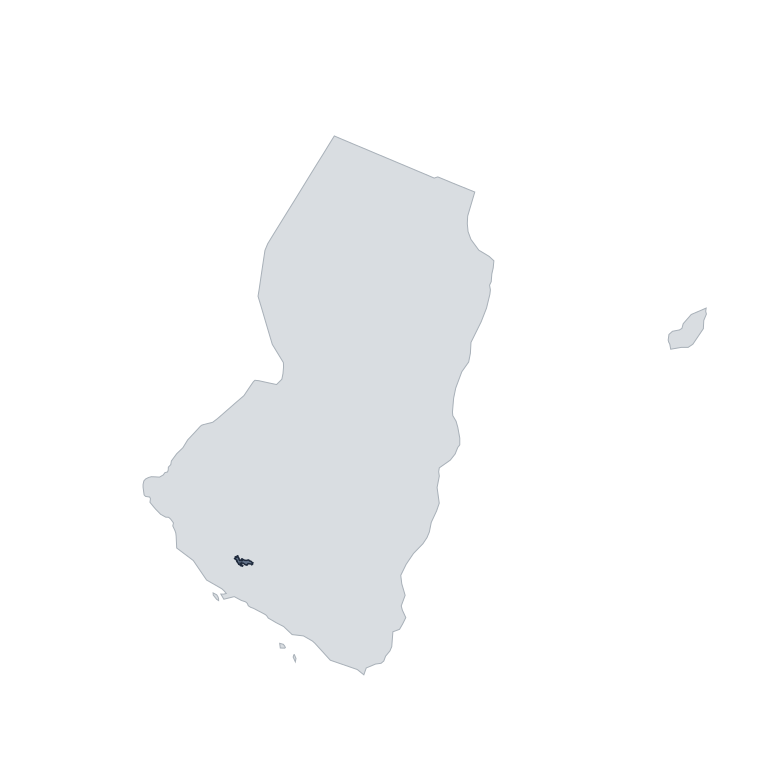 Al Mahwit, Al Mahwit, Yemen shown in context, rotated 312°
{"feature_id": "15242507B12276215757938", "entity_name": "Al Mahwit", "entity_type": "district", "adm_level": 2, "iso_a3": "YEM", "parent_name": "Yemen", "parent_adm1": "Al Mahwit", "projection": "equal_earth", "projection_center": [43.551, 15.411], "detail": "fine", "context": "in_parent", "style": "filled", "palette": "slate", "viewbox_px": 768, "rotation_deg": 312, "n_neighbors": 0, "source": "geoboundaries", "source_scale": "gbopen_adm2", "svg_char_len": 5049}
<svg xmlns="http://www.w3.org/2000/svg" viewBox="0 0 768 768"><g transform="rotate(312 384 384)"><path d="M587.4,323.0L564.8,333.8L558.9,338.6L553.5,344.5L549.6,351.9L546.9,364.9L549.2,376.9L549.1,383.2L543.3,387.5L537.9,390.5L531.8,395.2L528.1,396.3L525.1,400.1L521.6,402.6L509.0,409.4L495.2,414.6L473.1,420.8L464.7,427.6L457.0,432.2L445.2,433.6L429.0,440.0L420.1,445.2L409.0,453.6L406.5,456.3L404.6,462.4L401.2,467.8L394.5,476.5L389.5,481.0L386.1,481.3L379.6,483.7L371.8,484.2L358.7,481.2L355.4,483.3L352.6,486.7L342.6,492.7L332.4,504.8L324.9,508.0L312.8,511.7L304.4,516.7L298.7,518.7L291.4,519.8L277.8,519.3L264.9,521.1L253.0,524.5L247.4,530.9L241.1,541.1L230.6,545.3L228.2,549.0L225.0,556.5L218.2,558.4L212.1,559.7L205.8,556.4L194.0,565.5L189.6,567.0L182.8,567.3L178.0,569.2L174.5,568.7L170.2,565.1L161.1,560.8L154.4,563.6L153.9,555.1L142.8,528.9L145.1,506.1L145.1,502.9L142.9,492.7L136.3,483.4L136.6,471.7L134.4,463.3L132.6,454.6L133.2,452.3L133.3,450.3L129.9,436.9L128.8,434.3L128.4,431.5L129.5,429.3L129.5,426.9L127.7,422.8L125.8,415.0L116.9,409.0L118.7,403.3L120.4,405.3L122.8,407.0L123.3,403.3L123.3,400.5L119.6,383.3L125.2,360.4L123.4,339.7L131.8,331.4L134.0,328.9L135.2,326.7L137.2,322.0L139.9,320.5L140.9,315.5L140.8,313.1L139.0,310.9L137.7,305.2L138.2,297.9L138.6,294.8L139.5,289.2L142.5,287.2L143.2,285.5L140.9,282.0L141.1,279.9L146.1,274.0L148.1,272.2L151.3,270.4L153.9,270.4L156.8,271.5L159.4,273.1L161.9,276.1L164.6,279.5L168.7,280.8L171.5,280.5L173.8,282.0L175.7,281.2L177.9,279.4L181.4,279.5L184.5,277.5L193.5,276.6L202.1,277.2L211.1,275.5L220.1,275.7L229.2,275.8L231.2,276.0L233.2,277.1L240.9,282.3L246.7,283.4L258.3,284.8L270.8,286.3L281.6,287.7L290.7,286.4L298.3,285.4L300.4,285.6L302.7,288.8L307.3,296.9L311.7,304.5L319.2,304.9L324.1,302.0L329.4,298.0L332.6,294.9L336.3,282.5L338.7,274.5L344.2,265.5L348.8,258.0L354.9,248.1L358.3,242.6L364.9,231.7L371.4,227.5L383.7,219.3L395.8,211.3L403.7,206.1L410.5,203.7L421.8,201.6L435.1,199.2L448.4,196.8L462.5,194.3L478.3,191.4L489.1,189.4L502.9,186.9L514.4,184.9L524.6,183.0L535.1,181.1L537.1,187.1L539.2,193.1L541.3,199.2L543.4,205.2L545.5,211.2L547.6,217.2L549.7,223.3L551.8,229.3L553.9,235.3L556.0,241.3L558.1,247.4L560.2,253.4L562.3,259.4L564.4,265.5L566.5,271.5L568.6,277.6L570.6,283.5L573.9,285.4L575.9,291.0L578.7,299.0L581.6,307.0L584.5,315.0L587.4,323.0ZM621.9,567.4L624.7,568.2L629.0,566.0L641.2,565.8L656.0,572.6L653.3,574.4L651.7,576.8L645.2,579.1L638.8,584.3L620.2,586.9L614.7,585.5L610.1,580.4L601.7,573.8L604.9,569.6L605.6,567.6L606.8,565.8L611.5,562.6L616.2,563.1L621.9,567.4ZM122.7,485.8L122.1,487.1L121.2,486.9L118.4,483.6L121.5,480.0L123.2,483.4L122.7,485.8ZM113.8,404.7L112.4,406.0L112.0,403.6L112.9,398.3L114.4,396.8L115.4,400.7L114.8,402.9L113.8,404.7ZM121.2,502.2L118.2,504.0L120.3,499.2L122.4,498.2L122.9,498.4L121.2,502.2Z" fill="#d9dde1" stroke="#a8b0b8" stroke-width="1"/><path d="M154.3,389.8L154.3,390.2L154.3,390.7L154.5,390.9L154.5,391.5L154.4,391.9L154.5,392.0L154.6,392.4L154.6,392.5L154.1,392.8L153.9,393.0L154.0,393.1L153.9,393.3L154.0,393.4L154.1,393.6L153.9,393.8L153.7,394.1L153.4,394.3L153.4,394.5L153.3,394.8L153.3,395.0L153.3,395.3L153.3,395.6L153.2,395.9L153.2,396.0L153.0,396.3L152.9,396.4L152.8,396.6L153.1,396.8L153.1,397.5L153.2,398.0L153.2,398.4L153.3,398.4L153.3,398.5L153.3,398.9L153.3,399.1L153.2,399.3L153.3,399.4L153.5,399.9L153.9,400.1L154.0,400.7L154.4,400.6L154.5,400.6L154.5,400.4L154.4,400.3L154.3,399.9L154.4,399.6L154.5,399.2L154.6,398.8L154.6,397.7L154.8,397.3L154.9,397.5L155.9,397.9L155.8,398.2L156.3,398.9L156.7,399.4L156.8,400.9L156.8,401.3L156.9,402.0L157.0,402.1L157.3,402.0L157.6,402.4L157.6,402.6L157.5,402.8L157.5,403.1L157.8,403.2L158.0,403.4L158.1,403.5L158.3,403.5L158.9,403.3L159.5,403.1L159.6,403.3L159.9,403.5L160.2,404.0L160.4,404.4L160.8,405.1L161.2,405.6L161.5,406.1L161.5,406.3L161.5,406.5L161.4,406.7L161.5,406.7L161.8,406.5L162.0,406.7L162.3,406.5L162.5,406.7L162.8,406.4L163.0,406.3L163.1,406.2L163.3,406.1L163.2,406.0L163.1,405.8L163.1,405.7L163.2,404.8L163.2,404.7L163.2,404.3L163.2,403.7L163.0,403.2L162.9,403.1L162.7,403.0L162.7,402.9L162.7,402.6L162.6,402.3L162.6,402.2L162.6,401.9L162.6,401.7L162.7,401.3L162.6,401.1L161.9,400.5L161.1,400.1L160.4,399.2L159.8,398.6L159.8,398.4L159.5,397.7L159.3,396.7L159.2,396.4L159.2,395.9L159.1,395.5L158.8,395.3L158.7,395.3L158.5,395.6L158.3,395.8L158.1,395.7L157.9,395.6L158.0,395.9L157.9,396.3L157.9,396.8L157.6,396.8L156.9,395.5L156.5,395.2L156.2,394.9L156.2,394.7L156.6,394.6L156.6,394.4L156.6,394.1L156.7,393.6L157.4,393.0L157.3,392.8L157.3,392.7L157.5,392.5L157.6,392.3L157.6,392.2L157.6,391.9L157.7,391.5L157.6,391.1L157.9,391.0L158.1,390.9L158.4,390.7L158.4,390.4L158.4,390.2L158.2,390.1L157.9,390.1L157.7,390.2L157.5,389.9L157.4,389.9L157.2,389.9L156.9,389.9L156.7,389.8L156.6,389.7L156.6,389.8L156.4,389.9L156.4,389.7L156.2,389.7L155.9,389.7L155.9,389.8L155.8,389.7L155.7,389.6L155.4,389.6L155.3,389.8L155.2,389.8L155.0,390.0L154.9,390.0L154.7,390.0L154.6,389.9L154.4,389.8L154.3,389.8Z" fill="#64748b" stroke="#1e293b" stroke-width="1.5"/></g></svg>